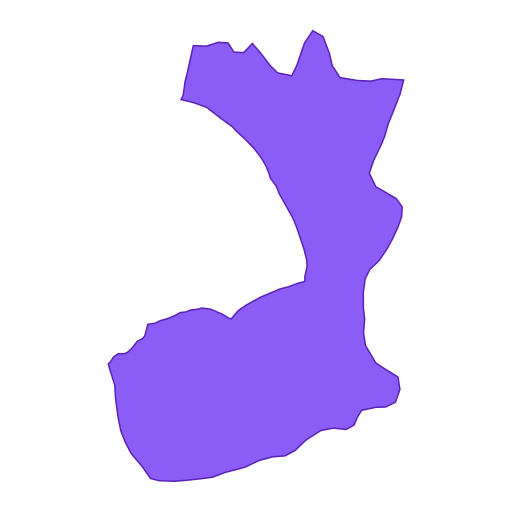 Ndokwa West, Delta, Nigeria
{"feature_id": "59680162B28606864431003", "entity_name": "Ndokwa West", "entity_type": "district", "adm_level": 2, "iso_a3": "NGA", "parent_name": "Nigeria", "parent_adm1": "Delta", "projection": "natural_earth1", "projection_center": [6.332, 5.825], "detail": "fine", "context": "isolated", "style": "filled", "palette": "violet", "viewbox_px": 512, "rotation_deg": 0, "n_neighbors": 0, "source": "geoboundaries", "source_scale": "gbopen_adm2", "svg_char_len": 2035}
<svg xmlns="http://www.w3.org/2000/svg" viewBox="0 0 512 512"><path d="M150.5,478.5L159.5,480.7L174.3,481.3L185.3,480.4L201.3,478.7L212.9,477.1L225.1,472.4L237.3,469.3L245.7,466.9L258.5,460.7L272.6,456.8L284.9,455.9L295.1,450.5L305.4,440.5L312.1,436.1L320.8,430.5L333.6,428.1L345.9,429.5L354.0,425.1L357.2,417.7L358.1,416.0L361.6,410.3L375.7,407.3L385.6,407.0L395.5,402.1L399.9,389.5L398.0,377.0L385.9,369.6L375.7,362.9L372.6,357.5L370.6,354.0L365.5,345.7L363.5,332.8L364.7,319.1L363.4,308.4L363.3,292.5L364.3,285.4L365.2,278.8L369.7,269.6L379.3,260.4L387.0,248.9L392.1,239.7L397.8,227.5L401.6,216.9L402.2,207.0L396.4,198.7L387.7,193.6L387.4,193.4L375.8,186.7L369.3,173.1L373.8,160.1L380.8,145.6L382.7,141.1L384.6,136.4L388.4,123.5L394.8,107.5L399.9,94.5L403.7,80.0L381.8,78.7L370.9,81.1L357.4,80.5L340.0,77.6L332.2,65.5L329.6,54.1L323.1,36.7L317.3,33.3L312.8,30.7L304.5,43.0L296.9,65.1L291.8,75.8L284.7,74.3L277.6,72.9L269.9,65.3L260.8,53.3L252.4,43.5L243.5,52.7L233.8,52.0L228.0,42.9L218.3,42.3L206.1,46.2L193.3,45.6L187.6,71.5L185.1,81.4L183.2,95.1L181.1,99.6L185.8,100.7L193.1,102.5L200.3,105.0L206.9,107.5L221.2,118.7L232.3,126.7L236.8,131.5L245.3,139.4L254.4,148.8L261.5,158.2L266.0,166.0L269.1,173.7L270.4,178.3L276.2,186.1L277.4,189.0L279.3,193.8L292.8,217.9L296.0,225.6L298.5,232.6L299.3,235.2L301.0,240.2L304.1,249.5L306.6,259.5L307.1,266.3L305.7,273.1L304.9,276.1L304.8,281.4L304.6,281.5L297.5,283.4L288.2,286.9L280.2,288.9L260.2,297.3L246.2,305.1L239.5,309.7L238.8,310.2L234.1,315.3L231.3,319.0L228.7,318.1L222.2,314.1L210.4,309.1L201.8,308.0L197.9,309.2L190.6,310.0L185.8,312.0L180.4,312.5L174.6,315.7L167.3,318.7L160.5,320.6L155.3,323.2L147.8,324.3L144.8,336.0L143.5,337.4L143.1,338.0L140.2,339.9L138.0,340.9L137.3,341.3L134.0,345.6L131.5,348.7L127.3,352.4L125.3,353.4L122.6,353.9L121.0,353.6L118.5,353.6L113.8,356.7L110.1,362.4L108.3,363.7L109.6,368.7L114.8,385.3L115.5,398.2L118.2,418.0L120.8,430.9L125.3,442.2L131.2,453.6L142.1,466.4L144.7,470.1L150.5,478.5Z" fill="#8b5cf6" stroke="#5b21b6" stroke-width="1.5"/></svg>